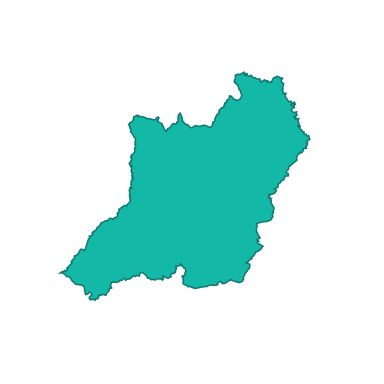 Aguililla, Michoacán, Mexico (Albers equal-area conic projection), rotated 210°
{"feature_id": "50627088B97864813450570", "entity_name": "Aguililla", "entity_type": "district", "adm_level": 2, "iso_a3": "MEX", "parent_name": "Mexico", "parent_adm1": "Michoacán", "projection": "albers", "projection_center": [-102.767, 18.779], "detail": "fine", "context": "isolated", "style": "filled", "palette": "teal", "viewbox_px": 384, "rotation_deg": 210, "n_neighbors": 0, "source": "geoboundaries", "source_scale": "gbopen_adm2", "svg_char_len": 6093}
<svg xmlns="http://www.w3.org/2000/svg" viewBox="0 0 384 384"><g transform="rotate(210 192 192)"><path d="M280.6,218.7L278.8,217.9L278.1,216.3L276.9,216.2L275.4,214.3L275.4,213.5L272.0,212.3L269.5,210.4L268.0,210.2L267.1,209.5L266.5,207.0L265.6,206.1L265.3,204.6L264.4,204.5L263.4,203.0L263.7,201.5L261.6,198.3L262.1,195.0L263.0,193.8L262.3,191.2L261.5,191.5L260.2,189.6L260.7,188.8L259.9,187.3L260.8,185.8L259.9,184.7L259.0,184.3L258.1,184.7L257.9,183.5L257.0,183.7L257.1,183.2L256.1,182.7L255.6,180.3L254.2,179.4L254.3,178.8L252.7,178.9L252.7,176.5L252.0,176.6L251.5,174.9L250.2,175.2L250.3,174.3L249.5,173.8L250.4,172.5L249.8,171.5L250.0,170.6L249.2,169.9L248.9,168.3L247.2,166.4L247.4,165.5L246.4,165.1L247.9,164.4L247.1,163.6L247.3,162.0L245.4,160.6L245.4,159.3L244.1,158.4L244.2,157.4L243.4,157.3L243.3,156.2L242.7,155.4L241.1,154.5L241.5,154.0L240.7,152.8L241.9,148.4L241.6,147.3L243.6,146.8L246.7,140.3L245.4,138.6L246.1,135.9L245.0,135.6L244.5,132.8L246.1,131.2L246.5,128.8L247.4,129.1L250.0,128.3L251.0,124.6L252.7,123.7L254.2,120.7L255.2,120.3L255.2,116.2L255.5,115.0L256.4,114.3L256.1,111.4L258.1,107.3L257.7,106.1L257.0,106.3L256.7,105.5L257.6,103.1L258.8,102.5L257.8,101.8L258.1,99.4L256.0,89.5L256.0,87.3L258.1,87.6L259.9,86.6L259.8,81.2L260.6,78.8L261.8,78.1L260.8,75.3L261.5,73.5L261.7,71.1L260.4,70.5L262.3,63.2L261.0,62.9L261.7,60.2L263.0,60.5L263.5,58.8L264.4,58.4L265.6,56.0L263.8,57.1L261.6,57.1L258.0,56.2L256.2,57.1L253.6,56.4L252.7,55.5L246.6,53.9L242.0,55.9L239.8,56.4L238.0,55.9L232.9,49.9L231.1,51.7L231.0,53.8L230.0,54.2L227.4,53.0L228.3,49.4L227.4,48.1L225.7,48.0L224.4,49.7L221.8,49.8L222.1,51.3L220.6,52.0L220.1,53.4L221.0,56.2L219.6,56.6L218.7,58.3L215.0,59.5L215.2,61.6L214.4,65.5L215.1,66.3L215.1,67.3L214.6,68.2L213.7,68.2L213.5,68.7L216.2,70.7L216.2,74.0L213.1,75.5L210.6,77.5L210.3,79.3L208.4,80.6L208.5,82.3L207.6,83.3L205.5,82.3L204.3,84.2L202.0,86.0L200.9,90.1L198.8,90.4L198.0,92.2L195.6,92.8L196.4,95.8L195.9,97.2L191.9,97.2L189.0,96.4L187.3,95.1L186.1,95.9L183.4,95.7L181.5,97.2L180.0,97.2L178.3,99.8L176.3,100.5L175.5,101.3L173.5,100.9L173.5,103.0L174.7,103.2L175.1,104.9L172.0,104.8L169.4,105.4L168.6,107.4L167.7,107.9L169.2,110.1L168.9,111.0L167.0,112.4L166.2,114.1L167.2,116.6L167.0,117.8L169.1,119.5L167.7,120.2L167.3,121.0L165.5,122.3L165.9,124.0L164.7,124.1L163.4,122.7L161.8,122.8L161.3,122.1L159.4,122.2L158.8,121.5L157.7,120.0L157.8,119.1L156.6,116.2L158.5,114.5L158.2,113.5L156.5,113.4L156.2,111.9L155.1,111.0L154.7,109.4L153.6,108.0L149.1,108.4L148.3,107.9L146.8,109.0L141.2,109.9L135.1,115.4L131.8,117.6L130.4,120.2L124.8,123.0L123.4,124.6L124.5,125.2L123.2,128.4L122.1,128.8L119.9,127.8L117.7,129.4L115.2,134.6L114.5,134.9L114.8,135.6L111.4,135.7L105.9,137.1L103.8,139.6L103.7,142.2L104.9,144.1L105.2,147.4L104.7,150.9L105.1,152.1L104.2,153.8L104.9,156.8L105.8,158.3L109.8,157.9L109.6,158.8L108.9,158.9L108.4,159.9L108.8,161.1L108.1,161.6L107.9,162.7L108.3,163.5L106.7,163.9L107.6,166.0L106.6,167.8L106.7,171.8L104.8,174.2L104.8,175.6L104.0,175.9L103.4,180.5L109.8,180.6L110.9,182.3L109.6,182.7L111.8,183.5L110.0,186.3L113.0,187.7L117.4,191.1L118.5,194.9L120.3,197.1L115.2,202.1L112.4,203.8L112.0,204.9L110.5,205.9L109.7,207.7L109.7,211.3L111.8,213.3L111.0,214.9L112.4,216.6L112.8,219.1L117.9,222.1L119.1,224.1L120.0,224.4L120.0,226.0L121.6,225.3L122.1,226.3L123.3,226.0L123.0,227.6L123.8,227.6L124.2,228.5L123.0,228.6L119.9,232.2L119.6,235.5L122.2,235.8L120.0,239.0L121.2,242.2L120.0,244.6L120.5,245.3L120.1,246.4L118.6,248.7L119.4,252.2L116.6,254.2L117.9,256.0L120.1,256.0L120.7,257.9L119.7,259.7L120.7,262.1L117.0,272.2L118.7,274.0L119.1,277.2L118.6,279.0L118.2,278.8L118.0,279.4L118.2,280.5L116.5,280.9L116.4,283.9L117.0,284.3L117.0,285.4L114.8,287.1L116.3,288.3L115.6,289.5L116.0,291.0L117.2,291.3L116.5,292.6L118.2,293.4L117.1,295.8L116.3,295.9L116.2,296.4L119.0,299.1L120.4,297.9L121.7,299.1L123.7,298.0L125.0,300.0L127.1,299.5L128.0,300.6L129.9,300.3L130.9,302.1L131.9,301.5L133.0,301.7L133.3,302.4L131.7,302.9L131.6,303.4L133.4,303.9L134.1,305.4L135.5,305.9L136.3,309.0L138.6,306.7L139.4,308.8L141.0,307.8L141.0,309.0L139.5,311.2L140.9,312.2L141.5,313.7L143.6,311.6L146.9,312.3L146.9,314.7L145.5,316.3L146.5,317.5L148.2,316.7L149.7,316.8L150.0,317.3L148.6,318.8L146.8,318.8L146.4,319.6L148.2,321.0L148.8,319.4L150.0,319.2L151.5,320.1L153.5,318.6L159.3,321.5L160.0,322.9L159.6,323.8L160.0,324.5L162.1,323.0L163.2,324.4L165.1,325.4L164.6,326.8L165.5,327.4L166.7,331.6L170.0,332.2L170.7,333.8L170.4,335.3L170.7,336.0L172.2,334.8L174.1,335.1L176.4,334.7L176.7,333.5L178.5,331.7L178.2,326.5L179.5,326.3L180.8,325.1L182.2,326.3L183.7,324.8L184.4,325.5L185.2,325.4L187.1,321.6L187.8,321.7L188.3,322.9L190.3,323.7L191.8,322.4L194.3,322.5L196.0,321.5L199.3,322.7L199.7,321.1L200.8,320.6L202.4,320.8L203.7,322.1L204.3,321.2L203.8,319.8L204.7,319.2L206.0,321.4L206.9,321.8L208.4,319.0L210.0,317.3L211.5,316.8L212.6,315.1L212.9,314.6L212.2,314.3L211.2,311.7L211.2,309.9L210.4,308.5L209.8,308.0L209.2,308.5L208.7,308.1L208.2,308.4L207.5,307.6L205.6,307.4L202.5,304.2L200.2,303.8L200.0,302.7L197.8,301.3L196.6,298.3L197.0,296.0L198.3,294.1L201.7,293.3L206.3,294.6L207.5,294.0L206.4,291.0L207.7,289.3L207.1,287.0L208.1,285.4L207.6,283.2L206.9,282.8L207.5,280.5L208.5,279.7L209.3,276.5L209.1,275.4L207.9,274.0L207.9,273.5L208.5,273.4L208.2,272.2L209.0,271.8L209.1,270.1L208.7,266.6L207.7,265.0L208.8,262.9L208.6,261.7L207.8,261.5L207.9,257.7L208.4,257.1L214.6,256.1L219.1,252.1L222.3,251.2L224.4,247.3L226.3,247.1L229.2,248.1L232.0,247.4L234.9,248.7L235.7,248.4L237.3,251.0L241.7,254.4L242.2,251.6L241.7,251.3L241.5,249.7L240.7,249.1L240.7,248.2L239.4,246.9L239.4,245.9L240.1,245.0L239.5,244.4L240.0,242.5L242.2,242.1L243.0,240.8L243.3,236.9L244.7,234.6L244.6,231.4L248.3,233.1L249.6,234.6L251.5,235.1L252.0,236.1L257.0,235.8L257.7,239.6L258.9,240.0L259.9,238.4L259.6,237.2L260.5,235.6L265.9,234.1L268.2,232.8L269.1,233.2L273.2,232.3L275.1,231.1L276.0,231.0L276.5,231.6L277.3,230.5L278.0,230.9L278.6,230.5L278.8,229.2L280.0,228.1L278.7,224.4L279.4,221.8L280.4,221.2L280.6,218.7Z" fill="#14b8a6" stroke="#0f766e" stroke-width="1.5"/></g></svg>